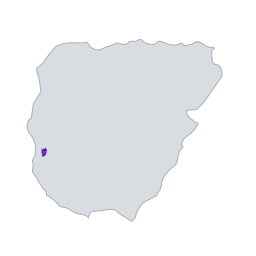 location of Solís de Mataojo, Lavalleja, Uruguay, rotated 82°
{"feature_id": "84410073B13887066663224", "entity_name": "Solís de Mataojo", "entity_type": "district", "adm_level": 2, "iso_a3": "URY", "parent_name": "Uruguay", "parent_adm1": "Lavalleja", "projection": "orthographic", "projection_center": [-55.418, -34.585], "detail": "fine", "context": "in_parent", "style": "filled", "palette": "violet", "viewbox_px": 256, "rotation_deg": 82, "n_neighbors": 0, "source": "geoboundaries", "source_scale": "gbopen_adm2", "svg_char_len": 2940}
<svg xmlns="http://www.w3.org/2000/svg" viewBox="0 0 256 256"><g transform="rotate(82 128 128)"><path d="M211.3,179.6L209.6,181.1L207.7,184.0L205.4,191.0L198.1,200.6L196.5,206.0L188.7,211.6L183.1,218.0L179.6,217.8L176.3,220.5L157.9,228.7L151.3,227.1L146.4,227.1L141.8,223.4L131.4,222.1L124.9,223.6L116.2,227.7L113.6,227.7L111.7,227.5L106.9,225.8L104.3,222.3L90.8,218.3L79.8,209.1L66.9,209.2L57.1,210.6L55.6,209.4L54.5,207.0L52.4,203.6L43.7,195.6L36.8,187.5L35.2,179.5L35.9,170.7L37.6,160.2L37.2,157.0L39.6,155.1L42.1,154.6L44.4,151.9L46.4,147.8L46.7,144.7L44.9,139.0L43.5,131.1L42.1,127.2L44.7,120.8L44.7,117.8L43.0,115.1L42.5,112.4L43.2,109.6L43.0,106.9L41.9,104.3L42.6,102.1L45.1,100.3L47.0,97.7L48.1,94.1L48.7,91.4L48.7,89.6L47.9,87.8L46.3,86.2L46.9,83.0L49.8,78.0L51.7,73.6L52.5,69.8L52.4,66.7L51.3,64.4L51.7,62.8L53.6,62.0L54.4,59.5L53.9,53.4L51.9,48.4L53.3,44.3L57.5,39.6L59.6,35.9L59.7,33.0L61.0,31.4L63.1,34.4L69.2,35.1L75.4,35.1L76.3,34.3L78.7,29.2L81.8,27.7L85.3,27.3L89.0,27.5L93.1,30.8L104.5,41.5L112.9,49.0L115.5,52.5L117.7,55.2L119.3,57.6L118.7,64.1L118.8,66.9L119.2,67.7L121.1,67.8L123.9,67.3L126.2,65.9L128.1,63.8L129.9,62.1L131.3,61.2L131.8,59.9L132.7,58.4L133.5,58.1L135.2,59.2L139.1,62.9L142.0,66.3L142.8,68.2L143.9,70.3L145.2,72.0L146.0,73.8L148.9,76.0L151.9,77.5L153.8,76.0L158.8,80.7L169.8,84.7L171.8,87.1L173.7,90.5L177.4,95.6L182.7,100.3L186.9,102.3L191.0,103.5L193.3,104.5L194.8,106.3L197.3,108.2L198.9,109.0L199.4,110.7L200.9,114.4L202.5,119.1L204.3,123.5L208.2,127.8L212.6,131.1L217.2,133.1L219.7,135.4L220.8,137.8L217.6,141.2L214.1,145.6L211.1,149.0L208.0,151.4L206.9,153.0L206.2,155.6L206.0,169.4L205.6,174.5L205.8,175.9L206.2,176.8L208.1,178.2L210.4,179.4L211.3,179.6Z" fill="#d9dde1" stroke="#a8b0b8" stroke-width="1"/><path d="M138.0,215.9L138.3,215.9L138.5,215.7L138.8,215.6L138.7,215.7L138.8,215.8L139.0,216.0L139.3,216.2L139.5,216.1L139.8,216.1L140.0,216.0L140.1,215.9L140.3,215.8L140.5,215.9L140.7,215.7L140.8,215.7L140.8,215.8L141.0,215.9L141.1,216.0L141.2,215.9L141.2,216.0L141.3,215.9L141.5,215.8L141.8,215.8L142.0,215.8L142.1,215.7L142.3,215.6L142.5,215.7L142.8,215.8L143.0,215.8L143.3,215.9L143.5,215.9L143.5,216.0L143.7,215.8L143.6,215.7L143.4,215.6L143.4,215.3L143.5,215.2L143.3,215.0L143.3,214.9L143.3,214.7L143.2,214.5L142.9,214.2L142.7,214.1L142.7,213.9L142.4,213.6L142.2,213.4L141.8,213.3L141.6,213.4L141.4,213.2L141.2,213.1L140.9,213.1L140.7,212.9L140.5,213.0L140.4,213.0L140.2,213.1L140.2,213.3L139.9,213.3L139.1,214.0L138.7,213.9L138.7,213.4L138.8,213.1L138.9,212.7L138.9,212.0L138.5,212.0L138.0,212.4L138.0,212.6L137.8,212.8L137.6,212.8L137.5,213.0L137.4,213.0L137.5,213.1L137.7,213.3L137.6,213.5L137.8,213.5L137.7,213.6L137.8,213.7L137.8,213.8L137.7,213.8L137.6,214.0L137.8,214.1L137.8,214.3L137.7,214.3L137.8,214.5L138.0,214.7L138.0,214.8L138.2,215.0L138.3,215.0L138.2,215.0L138.1,215.3L138.0,215.5L138.1,215.8L138.0,215.9Z" fill="#8b5cf6" stroke="#5b21b6" stroke-width="1.5"/></g></svg>